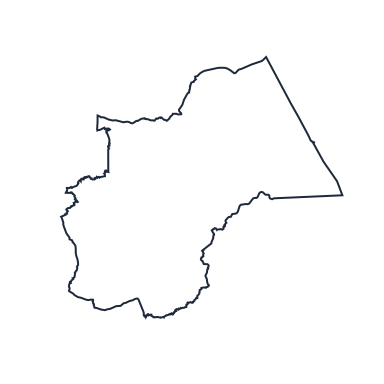 Khuan Khanun, Phatthalung, Thailand, rotated 345°
{"feature_id": "78962969B61181446150659", "entity_name": "Khuan Khanun", "entity_type": "district", "adm_level": 2, "iso_a3": "THA", "parent_name": "Thailand", "parent_adm1": "Phatthalung", "projection": "albers", "projection_center": [100.01, 7.757], "detail": "fine", "context": "isolated", "style": "outline", "palette": "slate", "viewbox_px": 384, "rotation_deg": 345, "n_neighbors": 0, "source": "geoboundaries", "source_scale": "gbopen_adm2", "svg_char_len": 5952}
<svg xmlns="http://www.w3.org/2000/svg" viewBox="0 0 384 384"><g transform="rotate(345 192 192)"><path d="M120.6,93.7L118.9,99.9L116.6,106.8L116.5,108.1L117.4,107.9L118.8,108.2L123.9,107.2L124.1,108.6L125.2,108.5L125.4,109.0L126.2,108.8L127.9,109.1L128.9,110.4L128.1,110.8L124.9,111.0L124.7,112.7L125.2,113.0L125.8,118.9L125.6,120.9L124.9,122.6L125.1,123.3L124.6,123.4L124.4,123.9L124.6,124.4L124.2,124.8L124.4,125.2L124.2,125.9L123.4,125.7L122.7,126.1L122.7,127.7L123.2,128.3L122.5,128.8L122.3,129.4L122.0,129.5L116.5,150.3L116.1,150.4L116.2,150.9L114.2,149.9L114.5,149.0L113.9,148.9L113.2,149.4L113.3,150.7L111.9,151.4L112.4,152.1L112.0,154.2L107.4,153.9L106.3,154.2L106.0,153.3L104.8,153.2L104.4,153.6L103.9,152.7L102.8,153.7L102.4,153.8L101.7,153.4L101.6,153.8L101.9,154.3L101.1,154.6L100.8,154.2L99.5,154.3L97.9,153.1L98.3,152.6L97.3,151.9L96.9,150.2L95.8,149.9L95.0,150.7L93.8,150.1L93.4,150.5L92.6,149.8L91.6,150.1L92.0,150.9L90.6,151.0L90.4,151.8L89.0,151.3L88.9,150.6L88.6,150.6L88.4,151.0L87.8,151.2L87.3,152.8L86.9,152.0L86.3,151.7L84.6,152.9L84.6,153.9L84.1,153.9L83.7,155.1L82.0,156.2L78.0,156.5L77.1,157.0L76.3,156.6L76.3,155.9L74.4,156.4L72.2,155.7L72.0,157.8L70.8,159.1L71.8,159.0L70.6,159.7L70.2,160.2L73.5,161.2L74.6,161.0L74.7,161.4L75.7,161.3L76.2,162.9L76.6,162.9L77.8,165.1L77.2,165.8L77.9,167.9L77.0,168.5L78.5,170.5L79.1,172.0L78.7,172.1L78.5,171.7L76.8,171.0L76.5,171.7L74.9,172.0L75.2,173.9L74.6,174.0L74.5,174.3L73.7,174.2L73.1,174.5L72.2,174.4L72.0,174.9L71.2,175.2L71.0,174.9L70.0,175.8L68.2,175.5L66.8,175.8L66.0,176.5L67.1,178.4L65.6,179.4L65.7,180.6L63.8,180.7L63.9,181.3L59.2,182.0L59.5,183.1L59.8,188.5L59.4,189.2L59.2,191.4L60.0,199.4L61.8,204.3L61.5,206.0L63.7,207.7L63.7,209.6L64.0,209.6L65.5,213.7L65.0,216.8L63.9,220.9L63.7,224.4L64.0,227.1L63.5,231.6L63.0,233.1L61.5,234.4L61.5,235.8L60.3,238.0L59.1,238.5L58.6,239.4L58.0,239.5L57.7,241.2L56.8,242.7L56.7,243.6L55.2,244.5L54.5,244.4L54.7,245.4L52.5,246.3L51.8,247.4L50.8,247.2L50.6,247.4L50.6,247.8L51.2,248.0L51.3,248.6L50.3,248.7L49.3,249.7L48.6,251.8L48.9,252.2L48.7,253.9L47.6,255.6L47.7,256.1L48.1,256.2L48.3,256.7L50.9,259.4L51.8,261.1L54.6,264.0L57.2,265.3L62.3,268.9L63.9,269.6L66.6,269.8L68.5,270.4L68.3,271.5L67.8,271.9L68.0,272.2L67.6,273.4L68.3,275.0L67.7,275.7L68.0,277.0L67.8,278.3L68.0,278.6L69.8,279.3L73.4,281.8L77.3,283.6L79.4,283.4L82.9,283.7L83.9,283.4L86.2,283.2L86.9,282.9L89.7,282.7L93.5,283.5L97.1,281.8L99.6,281.9L103.0,281.2L106.9,281.2L109.0,280.6L111.1,280.6L111.9,280.9L112.5,282.0L114.1,294.9L114.1,296.4L113.5,298.7L113.9,299.7L114.6,299.1L115.4,299.6L115.1,300.1L115.1,300.9L116.4,299.5L117.1,299.6L117.0,298.9L117.3,298.7L117.7,299.3L118.1,299.1L118.2,299.9L119.9,299.7L121.0,300.0L120.7,301.1L122.1,302.2L122.2,302.9L123.7,303.5L124.1,303.3L124.7,303.6L126.5,303.8L127.9,304.7L129.1,304.9L129.3,305.3L131.5,305.3L132.3,305.8L132.4,305.2L134.8,304.8L135.2,304.4L135.6,304.6L138.1,304.5L138.2,304.2L139.2,304.1L139.3,304.6L140.4,304.6L140.5,304.1L141.0,303.9L141.4,305.3L141.8,305.4L142.0,305.2L141.8,304.6L143.2,304.4L143.6,303.4L144.7,303.3L144.9,302.7L145.5,302.8L145.2,301.8L146.5,301.2L146.8,301.8L147.8,301.6L148.4,302.2L148.7,302.1L148.6,301.3L148.8,301.1L150.1,301.7L150.7,301.6L151.1,301.1L152.2,301.6L152.7,301.4L154.4,301.8L156.0,301.3L156.7,301.6L157.4,299.4L158.4,299.5L158.8,299.0L158.9,298.1L159.5,298.3L159.6,297.8L160.3,298.1L162.0,298.0L162.7,298.7L163.3,298.6L163.6,299.1L164.2,299.1L164.5,298.9L164.4,298.3L166.0,297.9L166.3,297.0L167.5,296.6L168.6,295.5L169.4,295.9L169.8,295.8L170.0,294.0L172.1,292.6L173.2,291.4L173.3,290.3L173.7,289.9L174.1,288.6L175.8,288.4L176.2,287.1L178.7,287.3L180.8,288.1L181.1,287.9L180.9,287.6L182.6,287.7L183.2,287.1L183.9,287.0L184.2,286.2L183.5,285.2L183.3,284.0L183.8,279.1L183.5,278.5L183.3,276.3L185.5,273.8L186.7,270.9L187.8,270.3L187.5,269.6L187.7,269.2L189.0,267.9L188.9,266.6L188.3,265.8L184.7,264.6L184.4,261.6L183.5,260.7L183.1,259.4L184.1,257.7L185.1,257.8L185.5,257.1L186.4,256.9L186.5,255.3L187.4,254.4L186.7,252.0L187.5,251.6L187.0,251.1L197.4,246.7L198.0,245.2L200.6,242.1L200.9,240.6L201.6,239.7L201.6,239.2L202.3,239.0L202.4,237.8L201.7,236.6L201.2,234.1L202.5,233.8L202.9,233.3L203.8,233.3L204.5,232.8L205.6,233.3L206.2,235.1L206.6,234.8L210.1,235.3L211.5,236.2L212.8,235.8L213.4,233.7L213.7,233.5L214.4,233.9L214.9,233.6L215.2,232.8L214.7,232.5L214.8,232.1L217.2,230.7L216.8,229.5L216.9,228.4L217.3,227.9L220.2,226.0L221.2,225.7L223.1,226.0L225.2,223.7L228.6,224.2L229.9,223.9L231.2,222.8L234.5,217.7L235.9,217.0L240.7,217.5L242.7,218.2L244.2,218.0L249.1,214.2L250.6,213.9L252.8,214.4L253.8,214.1L256.7,210.6L257.9,210.0L259.2,209.9L260.7,211.0L261.7,212.9L262.5,213.7L264.8,214.3L265.4,214.8L265.7,215.6L265.4,217.1L265.6,218.3L267.5,219.7L269.5,219.3L336.4,234.1L334.9,219.1L327.0,197.1L321.8,176.2L322.7,175.9L322.8,175.6L321.2,174.8L321.2,174.4L320.0,173.1L319.1,167.8L314.5,148.0L310.4,132.1L298.5,80.8L294.7,83.0L292.8,83.6L283.0,84.2L271.4,85.9L268.8,85.9L264.6,88.4L263.4,88.1L260.6,84.4L258.1,81.9L255.8,80.5L251.8,79.4L248.9,78.8L236.1,78.2L233.6,78.5L230.8,79.3L227.2,81.4L225.0,81.4L225.1,81.9L224.4,83.2L224.9,84.2L222.7,85.2L222.1,86.1L221.6,85.9L219.6,86.2L218.5,88.0L217.7,88.6L217.7,89.6L217.2,90.0L216.9,91.2L216.3,92.4L215.7,92.9L215.8,93.4L214.9,95.2L214.2,95.0L212.6,96.2L208.2,100.8L205.2,105.3L200.7,109.2L200.6,110.7L201.9,113.1L201.7,114.1L198.6,113.5L197.2,112.4L193.8,111.5L192.8,112.6L190.7,113.6L189.5,114.6L189.2,115.2L186.1,116.7L185.5,115.9L183.6,114.9L181.7,112.1L180.9,112.3L180.8,111.8L180.4,111.7L178.7,111.9L177.9,112.4L176.4,111.8L174.5,113.3L173.6,113.3L173.0,112.7L170.7,112.1L168.4,110.4L167.4,109.9L167.1,110.0L165.7,109.3L165.5,108.6L164.9,108.8L164.4,108.4L161.9,108.2L157.9,109.3L156.7,108.9L153.2,110.1L152.0,110.2L150.7,109.5L150.0,108.7L148.2,107.5L145.1,106.9L144.0,107.0L136.8,102.9L133.9,102.4L130.2,100.4L126.1,97.1L123.1,96.1L122.5,95.1L120.6,93.7Z" fill="none" stroke="#1e293b" stroke-width="2"/></g></svg>